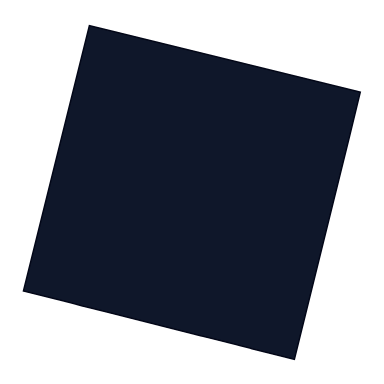 Parmer, Texas, United States of America (orthographic projection), rotated 284°
{"feature_id": "52423323B8622019817897", "entity_name": "Parmer", "entity_type": "district", "adm_level": 2, "iso_a3": "USA", "parent_name": "United States of America", "parent_adm1": "Texas", "projection": "orthographic", "projection_center": [-102.967, 34.53], "detail": "fine", "context": "isolated", "style": "filled", "palette": "ink", "viewbox_px": 384, "rotation_deg": 284, "n_neighbors": 0, "source": "geoboundaries", "source_scale": "gbopen_adm2", "svg_char_len": 425}
<svg xmlns="http://www.w3.org/2000/svg" viewBox="0 0 384 384"><g transform="rotate(284 192 192)"><path d="M328.6,52.2L55.2,52.4L55.2,101.4L54.9,113.0L55.0,134.4L54.6,235.4L54.7,237.3L54.7,239.9L54.7,272.2L54.6,275.3L54.6,277.6L54.6,279.8L54.6,281.9L54.6,283.0L54.6,285.4L54.6,285.6L54.6,286.3L54.4,288.0L54.4,288.8L54.4,331.8L282.1,331.4L329.6,331.1L328.6,52.2Z" fill="#0f172a" stroke="#020617" stroke-width="1.5"/></g></svg>